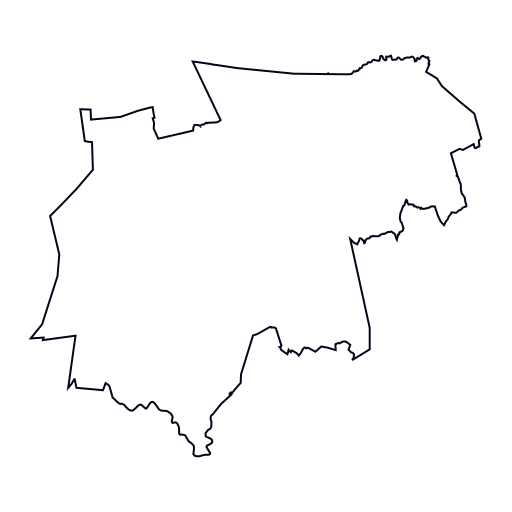 Rayón, San Luis Potosí, Mexico (Natural Earth projection)
{"feature_id": "50627088B63046987106360", "entity_name": "Rayón", "entity_type": "district", "adm_level": 2, "iso_a3": "MEX", "parent_name": "Mexico", "parent_adm1": "San Luis Potosí", "projection": "natural_earth1", "projection_center": [-99.555, 21.802], "detail": "fine", "context": "isolated", "style": "outline", "palette": "ink", "viewbox_px": 512, "rotation_deg": 0, "n_neighbors": 0, "source": "geoboundaries", "source_scale": "gbopen_adm2", "svg_char_len": 5944}
<svg xmlns="http://www.w3.org/2000/svg" viewBox="0 0 512 512"><path d="M426.1,71.8L429.4,64.3L429.2,63.6L428.5,63.7L428.5,63.2L429.4,60.9L428.6,60.0L428.2,59.4L428.3,57.5L427.9,57.3L427.1,57.3L426.7,57.6L425.9,57.7L425.2,57.0L423.5,56.3L422.9,55.8L422.0,56.1L420.7,57.2L420.3,58.3L419.2,59.1L418.5,58.7L418.1,58.0L417.4,58.1L417.0,58.8L416.5,60.6L416.1,60.8L415.7,61.2L414.9,61.3L414.7,60.6L414.5,58.6L413.9,58.2L413.5,57.5L412.9,56.9L412.3,56.6L410.4,57.2L409.6,57.6L408.6,57.6L407.3,57.4L405.0,58.2L404.3,58.2L403.8,58.8L402.9,59.5L402.0,59.8L401.1,59.7L400.2,59.0L399.4,58.0L398.9,57.6L398.1,57.6L397.6,57.8L396.8,59.2L396.1,59.5L392.6,59.9L391.9,59.2L391.6,58.2L391.3,56.6L390.9,55.7L390.4,55.7L389.7,56.3L388.7,56.7L386.4,56.6L386.1,57.5L386.5,58.5L386.3,59.7L386.0,60.1L385.2,60.3L384.3,59.8L383.8,59.2L383.4,58.9L382.5,56.7L382.1,56.3L381.7,55.9L380.9,55.9L380.2,56.4L380.2,57.6L380.1,58.4L379.6,59.1L379.6,60.0L379.2,60.7L378.2,60.8L375.9,60.3L374.9,60.2L374.1,59.7L373.3,59.9L372.4,60.5L371.5,62.0L370.7,62.4L369.9,62.4L368.8,62.1L368.0,62.3L367.5,63.5L366.5,64.2L365.8,64.5L363.9,64.7L363.3,65.0L362.7,65.6L362.3,66.7L361.6,67.8L360.5,68.3L359.9,68.0L359.6,68.3L359.5,69.3L358.7,69.7L358.5,70.3L357.5,71.0L356.4,70.7L355.9,71.3L355.3,71.6L354.0,71.2L351.6,73.9L348.9,74.3L328.5,74.1L328.1,73.4L327.4,74.1L293.8,73.7L237.3,68.1L215.3,64.8L213.0,64.7L212.7,64.6L212.6,64.4L211.7,64.2L197.4,62.1L192.7,61.5L220.6,120.1L219.3,121.2L216.5,122.4L207.2,122.8L207.2,123.1L206.0,122.8L203.8,124.5L202.2,124.6L200.8,125.2L200.5,125.5L200.4,126.2L199.7,125.5L196.3,124.8L194.3,125.1L194.3,125.5L193.5,127.1L193.2,128.8L193.3,129.7L193.1,130.6L158.2,138.7L153.7,128.5L154.1,123.1L152.7,118.3L154.5,117.8L153.4,112.3L152.6,107.1L149.5,107.7L137.5,110.9L120.6,116.9L91.0,119.6L90.6,109.6L80.3,109.2L84.8,141.1L89.2,141.9L92.0,142.1L92.9,169.7L76.9,188.5L61.8,204.3L50.1,216.0L59.3,254.4L57.5,276.1L42.1,324.3L30.7,338.4L43.6,337.6L42.9,340.1L75.5,335.7L68.2,387.8L71.4,384.1L74.2,379.3L74.7,379.2L76.4,387.8L103.0,390.2L105.6,383.1L108.1,384.7L108.5,385.1L109.6,386.8L112.6,397.5L118.6,403.1L118.8,403.1L120.2,404.1L121.3,403.6L122.0,403.8L123.9,404.7L125.5,406.2L125.9,407.0L128.7,409.6L131.1,410.6L132.5,410.7L135.4,408.4L137.6,406.1L138.4,405.6L139.1,404.9L140.9,404.6L142.4,405.7L144.9,408.0L145.6,408.4L146.4,408.5L147.4,407.2L149.5,403.9L150.5,402.7L151.6,402.0L153.0,401.9L155.0,403.6L158.4,408.5L159.1,409.4L160.0,410.1L161.8,410.6L164.6,410.9L165.7,410.9L167.1,411.1L170.3,413.2L171.1,413.9L172.5,416.4L172.6,416.9L172.2,419.7L171.7,420.9L172.0,421.4L172.0,421.9L172.3,422.8L172.7,423.0L175.0,422.3L176.1,422.6L177.1,423.3L177.8,424.6L178.6,426.4L179.0,427.7L179.2,433.7L179.8,434.6L181.4,434.5L183.9,434.9L184.8,435.2L185.4,435.6L186.9,438.4L187.4,438.9L187.9,440.1L189.1,441.8L190.7,442.6L193.3,445.1L193.6,445.7L193.9,446.6L194.0,448.6L193.4,454.2L193.7,454.6L194.9,455.8L196.5,456.3L199.6,456.2L200.7,455.9L202.8,455.2L203.8,455.1L205.5,454.7L207.3,454.8L209.3,454.6L209.9,454.0L210.1,453.1L209.7,452.2L208.4,450.2L206.5,447.0L206.7,446.1L207.3,445.4L209.2,444.6L211.5,443.2L212.3,441.9L212.1,441.2L212.0,440.3L211.7,439.5L210.8,438.8L207.8,437.4L206.4,436.9L205.7,436.0L205.6,433.1L208.1,429.9L210.4,428.7L211.3,426.4L211.4,424.7L211.3,423.3L211.5,422.5L211.3,421.1L210.9,420.3L210.6,418.6L210.7,417.4L211.0,416.0L211.4,415.3L212.9,414.2L221.1,403.9L230.9,395.0L229.8,394.6L229.7,393.5L231.1,392.4L232.0,393.2L235.0,389.3L240.7,382.9L241.0,374.4L252.9,335.9L253.0,335.5L257.2,334.1L269.8,327.0L271.0,326.9L271.5,327.6L273.9,327.4L275.2,327.8L276.0,328.6L281.4,345.6L281.1,346.4L280.6,346.6L280.4,347.1L279.8,347.1L280.1,347.4L281.0,349.6L282.5,350.9L285.1,352.7L287.4,354.2L287.9,352.6L288.6,349.7L290.8,352.2L291.9,350.5L296.8,353.2L298.8,355.6L301.1,352.6L303.0,348.9L304.6,347.4L305.4,347.6L306.0,348.3L308.1,347.8L315.4,351.7L321.3,346.5L327.4,347.6L335.7,350.1L335.4,344.2L338.3,343.0L339.6,343.4L340.6,342.9L341.0,342.3L342.0,342.2L342.7,341.6L345.5,341.5L347.0,342.4L350.3,344.9L348.5,349.7L350.2,351.3L351.0,352.3L352.6,352.8L353.9,354.1L354.1,354.7L353.5,358.2L352.1,360.1L369.7,349.4L369.7,327.9L350.2,239.0L354.1,242.9L355.4,243.4L356.9,244.2L357.3,244.3L357.8,242.9L359.1,240.7L359.4,239.2L359.9,238.3L361.0,238.4L361.9,239.0L362.6,240.2L363.5,240.4L364.2,243.1L364.9,242.7L365.3,240.7L366.2,239.6L366.5,239.1L367.5,238.5L369.0,238.4L369.2,238.2L370.1,237.4L370.8,236.4L371.9,236.5L373.6,235.8L374.4,236.3L375.6,236.2L376.5,236.3L377.1,236.2L378.0,236.3L379.5,235.8L380.0,235.1L380.6,234.7L382.2,234.1L383.0,233.8L383.3,233.9L383.8,233.7L384.2,233.9L384.4,233.9L388.1,231.9L389.5,232.1L391.4,231.5L392.7,232.6L394.7,233.8L396.6,239.4L396.9,239.9L397.8,235.9L397.9,234.6L399.2,234.3L399.4,234.0L399.4,233.2L399.3,232.4L400.1,232.1L400.9,231.7L401.4,231.6L402.7,230.7L402.9,230.3L403.0,229.2L403.5,228.3L401.6,222.6L400.7,221.7L399.8,218.1L400.2,214.6L400.6,212.6L401.6,210.6L401.9,209.3L402.9,206.8L403.1,205.9L404.3,205.4L404.6,204.8L404.9,203.3L405.2,202.7L405.3,201.9L406.2,199.8L406.8,200.2L407.2,200.9L407.2,202.3L408.6,204.6L408.8,204.6L410.2,204.2L411.3,204.7L412.7,204.5L413.7,204.8L413.9,205.1L413.7,205.9L413.9,206.2L416.0,206.6L417.3,207.5L418.1,207.5L418.6,207.2L419.2,207.4L419.9,207.9L420.5,208.8L421.4,207.9L422.3,208.8L423.9,208.9L429.1,207.7L431.2,206.4L434.8,206.4L437.9,215.7L440.7,221.6L444.0,225.2L445.9,221.5L448.0,218.7L448.6,216.8L450.7,214.2L451.6,212.4L456.1,212.8L457.6,211.6L459.0,210.3L460.8,209.8L462.5,207.8L466.3,206.3L466.3,204.7L465.4,202.0L464.7,197.6L462.9,194.8L461.8,193.6L460.9,189.4L460.8,184.2L459.7,181.9L457.9,176.7L456.6,175.9L456.6,175.5L456.7,175.4L457.3,175.0L450.9,153.2L459.5,148.9L462.9,149.9L473.7,144.1L473.9,144.5L474.2,146.6L474.6,147.4L474.9,147.9L476.0,148.1L477.4,147.0L478.0,146.7L479.2,146.5L479.4,146.2L479.1,142.9L478.9,142.1L478.9,140.3L481.3,138.7L474.3,113.6L459.2,101.2L441.9,86.1L436.9,78.4L426.1,71.8Z" fill="none" stroke="#020617" stroke-width="2"/></svg>